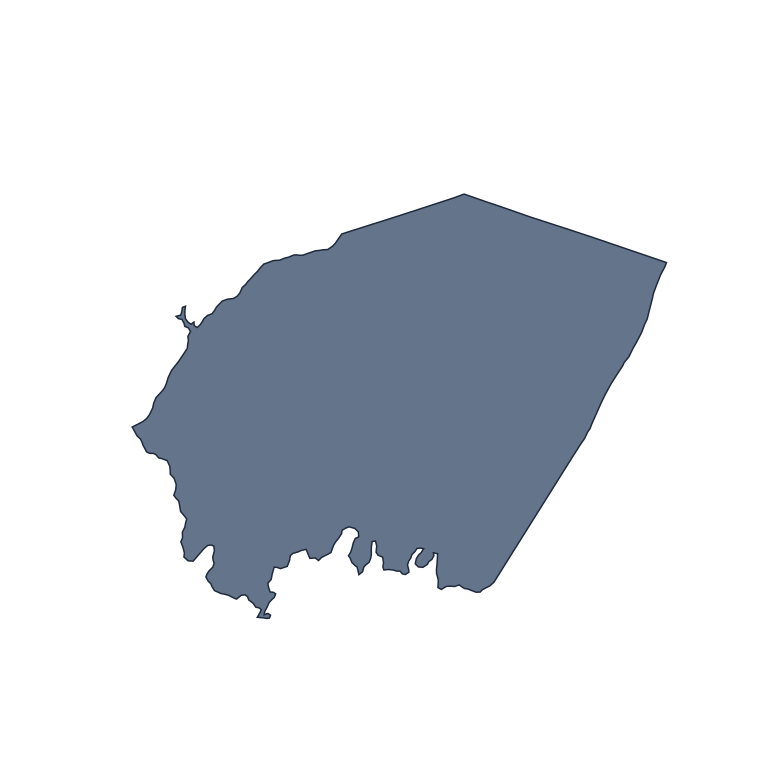 outline of Pedro do Rosário, Maranhão, Brazil, rotated 217°
{"feature_id": "56859067B22973737910848", "entity_name": "Pedro do Rosário", "entity_type": "district", "adm_level": 2, "iso_a3": "BRA", "parent_name": "Brazil", "parent_adm1": "Maranhão", "projection": "natural_earth1", "projection_center": [-45.413, -2.989], "detail": "fine", "context": "isolated", "style": "filled", "palette": "slate", "viewbox_px": 768, "rotation_deg": 217, "n_neighbors": 0, "source": "geoboundaries", "source_scale": "gbopen_adm2", "svg_char_len": 3795}
<svg xmlns="http://www.w3.org/2000/svg" viewBox="0 0 768 768"><g transform="rotate(217 384 384)"><path d="M190.6,452.0L191.0,461.2L192.4,467.9L192.6,472.5L193.9,476.7L199.1,499.2L200.9,508.2L202.8,521.0L203.5,529.7L204.3,542.1L205.1,545.8L204.8,553.2L206.3,560.7L206.8,563.9L207.3,568.2L208.0,572.5L209.3,580.4L211.6,587.9L212.9,594.3L216.6,602.9L221.1,613.7L223.2,618.2L225.9,627.0L228.8,637.7L230.2,646.6L231.5,651.0L304.9,626.9L326.2,619.7L367.4,605.5L379.3,601.7L394.0,597.0L412.7,590.8L434.3,583.9L440.5,574.3L471.5,529.9L489.6,504.4L508.0,478.5L507.8,472.5L507.6,467.0L508.0,463.2L509.9,457.5L513.5,454.5L515.7,452.1L519.1,448.9L523.7,442.1L526.3,438.1L528.6,436.2L531.5,434.5L533.7,432.7L536.5,427.9L539.1,424.7L542.0,419.9L544.2,418.1L546.6,416.0L550.2,410.4L552.2,407.4L552.8,402.2L552.8,398.1L553.5,393.3L553.9,387.6L554.4,383.8L554.4,380.2L555.3,375.8L553.9,369.9L554.1,365.6L555.7,361.7L560.0,357.6L563.1,352.9L564.1,344.6L563.6,340.7L563.6,336.6L566.2,332.6L567.1,328.2L566.6,323.4L566.5,320.2L567.2,316.7L570.7,316.4L573.1,319.1L574.0,315.7L577.6,315.4L581.8,316.6L585.2,320.1L587.5,323.3L589.4,326.7L591.1,323.8L589.1,320.3L587.8,316.7L590.8,312.9L587.5,312.4L584.3,314.0L580.2,312.1L577.8,310.1L574.0,311.1L570.1,309.4L569.3,304.0L566.4,301.0L564.7,297.6L562.5,294.0L561.6,278.1L561.9,267.3L560.3,259.4L558.0,253.1L557.0,249.0L557.0,244.1L557.9,235.9L556.4,230.1L554.3,225.6L552.8,218.1L552.8,213.6L553.9,209.0L559.2,198.1L553.1,195.4L550.1,194.0L545.3,193.5L542.2,191.8L539.2,189.9L532.7,186.9L529.4,187.6L526.7,189.6L524.1,190.4L519.4,189.4L516.5,190.7L511.0,192.3L505.3,189.2L502.4,185.8L500.4,183.3L494.9,182.4L489.5,178.7L486.8,174.4L484.9,168.6L481.3,167.6L477.5,167.0L474.3,164.2L469.8,159.8L465.3,158.8L460.4,157.5L458.8,153.6L456.9,149.8L455.8,144.2L452.3,139.9L451.3,135.7L446.0,132.4L441.7,128.9L439.7,125.4L434.0,124.9L429.8,127.7L428.7,144.1L427.7,148.9L425.2,151.4L422.3,152.1L419.2,148.9L417.8,145.5L416.6,142.7L414.5,140.5L411.9,138.7L410.5,134.8L411.3,129.3L411.0,125.8L410.1,122.7L405.7,120.7L402.3,120.3L399.0,118.5L395.0,117.0L391.0,117.9L388.2,118.5L385.1,120.1L380.6,121.8L375.3,122.7L372.4,123.4L370.8,129.4L368.2,131.9L365.1,132.1L361.9,130.1L356.4,130.1L352.1,128.6L348.8,130.1L346.1,129.9L345.5,126.9L344.8,121.4L339.7,124.6L336.7,126.1L334.6,128.1L335.5,131.1L338.6,130.9L340.9,127.6L342.4,130.7L343.0,135.1L344.2,140.3L343.9,143.9L343.2,147.6L344.2,151.2L346.9,151.1L349.8,149.4L353.4,151.8L356.8,154.9L356.5,160.1L358.9,164.9L361.5,171.6L358.8,173.3L355.6,174.2L351.5,180.1L353.3,186.4L355.6,190.6L354.7,194.0L351.5,198.3L350.1,200.9L346.7,205.1L338.3,200.1L334.2,203.7L330.0,203.6L329.5,207.9L324.9,217.4L326.5,222.5L327.3,225.4L327.6,228.8L327.4,233.1L327.8,239.0L329.4,241.8L328.0,245.6L325.9,248.9L320.4,251.1L315.4,250.4L312.2,246.6L314.0,243.4L313.0,238.8L311.0,234.2L309.4,229.7L309.0,225.4L306.3,224.6L302.4,222.2L298.2,221.6L295.2,221.6L289.3,216.6L288.1,221.2L289.9,225.4L289.7,228.6L288.6,232.4L289.6,236.6L291.6,240.4L294.1,243.6L296.1,246.4L298.6,251.0L296.4,253.5L292.4,250.3L289.1,244.9L285.8,243.7L280.8,244.9L276.8,240.9L274.7,237.1L272.1,235.4L268.9,238.5L264.4,241.1L261.2,242.2L258.6,244.2L255.1,243.4L252.4,244.6L250.8,248.7L252.8,250.8L256.4,253.7L257.7,257.5L257.9,261.4L259.1,264.6L258.4,268.7L258.7,272.6L256.1,274.9L253.2,276.4L252.8,271.7L253.5,268.3L253.1,264.0L250.8,259.2L246.4,258.6L242.6,261.0L240.8,266.0L241.3,269.2L240.2,272.7L240.8,276.9L243.0,278.9L239.1,280.7L236.6,277.1L232.6,271.0L230.6,267.6L227.9,264.2L224.8,261.9L222.5,259.9L218.4,253.9L214.6,254.4L212.4,259.9L209.2,262.6L205.8,264.7L203.1,268.8L199.6,268.9L196.7,269.1L193.8,270.7L189.7,271.8L185.2,273.1L182.0,275.7L181.6,278.9L180.3,281.8L178.0,286.4L176.9,291.8L188.4,425.4L190.6,452.0Z" fill="#64748b" stroke="#1e293b" stroke-width="1.5"/></g></svg>